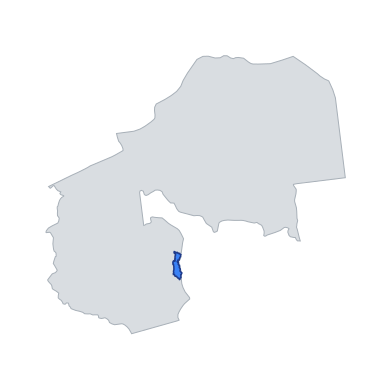 Mwense, Luapula, Zambia shown in context, rotated 173°
{"feature_id": "96606910B65361757033996", "entity_name": "Mwense", "entity_type": "district", "adm_level": 2, "iso_a3": "ZMB", "parent_name": "Zambia", "parent_adm1": "Luapula", "projection": "mercator", "projection_center": [28.717, -10.52], "detail": "fine", "context": "in_parent", "style": "filled", "palette": "blue", "viewbox_px": 384, "rotation_deg": 173, "n_neighbors": 0, "source": "geoboundaries", "source_scale": "gbopen_adm2", "svg_char_len": 7142}
<svg xmlns="http://www.w3.org/2000/svg" viewBox="0 0 384 384"><g transform="rotate(173 192 192)"><path d="M259.8,259.3L242.3,259.4L235.9,260.8L230.7,263.0L224.4,266.4L220.8,268.8L219.8,270.1L219.3,273.0L219.3,277.5L218.7,280.7L216.8,283.7L207.3,287.3L201.0,290.2L195.0,293.7L190.3,298.2L187.2,303.8L181.9,310.7L170.9,323.0L164.6,325.3L159.3,324.8L152.8,322.2L147.7,321.8L143.9,323.4L140.5,322.9L137.3,320.3L134.6,319.3L132.4,320.0L129.6,319.9L124.5,318.5L120.1,314.1L117.8,312.3L115.9,311.6L110.7,310.9L98.6,309.8L86.1,312.0L75.1,314.3L63.9,304.5L53.1,294.1L50.8,291.5L46.7,288.0L43.8,286.3L42.7,285.5L39.8,276.3L38.2,267.9L38.1,187.5L87.2,187.5L90.4,187.2L90.5,186.3L88.3,182.1L88.4,180.5L89.0,177.7L91.1,171.9L91.3,170.0L90.3,163.7L90.4,160.2L91.0,153.1L90.6,150.7L91.8,147.5L92.2,145.4L92.6,144.5L92.1,142.1L91.1,133.7L90.5,130.2L93.4,130.7L94.4,132.4L95.0,134.3L96.3,134.4L99.8,135.6L101.0,137.1L101.8,140.5L101.3,142.2L100.2,143.6L101.3,144.8L103.7,145.6L105.0,145.4L109.0,143.1L112.6,142.2L114.5,141.7L122.6,140.1L124.2,139.3L125.3,139.3L126.1,140.0L125.4,142.4L125.2,144.5L126.2,148.5L126.9,150.4L128.6,151.7L129.8,152.4L131.2,153.9L134.0,153.6L140.2,155.7L142.1,156.6L144.7,157.5L146.6,157.9L153.0,158.6L159.8,159.8L163.3,159.9L165.8,159.6L167.5,159.0L168.6,158.3L169.1,157.8L171.6,150.2L172.9,149.6L174.6,149.2L175.6,149.9L176.7,154.7L181.6,159.0L183.2,162.7L184.4,165.8L185.5,166.6L187.4,167.7L190.3,168.1L193.0,168.2L206.2,173.5L207.6,174.5L209.2,177.3L210.2,180.5L211.2,183.1L212.9,183.5L214.5,183.7L216.0,185.5L217.1,187.0L221.0,193.3L221.6,195.8L223.5,197.5L226.0,198.2L228.4,198.3L229.8,197.5L233.1,196.2L235.8,194.7L237.7,194.2L238.8,194.5L239.7,195.6L240.2,198.7L242.1,199.8L243.5,199.3L244.0,198.1L244.1,197.5L244.0,164.7L242.8,164.9L241.3,165.8L237.8,166.0L236.5,166.7L236.0,167.7L236.3,169.1L236.4,170.9L235.9,171.8L234.3,172.1L232.1,171.4L228.1,170.5L224.8,169.9L222.4,167.4L219.1,163.7L217.0,161.9L211.9,158.0L211.0,157.3L209.4,155.4L208.1,152.4L206.8,148.8L206.1,146.6L207.4,143.1L210.4,131.8L211.1,128.3L213.6,124.8L213.7,121.6L212.7,117.5L213.0,115.2L213.3,102.3L212.6,98.3L211.0,93.7L207.3,87.5L207.3,86.1L213.0,82.1L214.7,80.5L217.6,77.2L219.6,74.4L220.9,72.1L221.3,69.2L220.4,66.4L222.3,65.9L269.2,58.7L269.9,60.6L271.3,63.8L272.9,66.1L274.9,68.2L276.6,69.4L277.8,69.8L285.0,69.7L287.6,70.9L289.8,72.5L290.4,74.9L291.9,76.5L293.5,77.7L294.2,77.8L295.4,77.6L297.3,77.5L299.1,78.1L299.9,78.6L300.0,80.6L300.6,81.6L303.0,81.9L305.5,82.1L307.9,83.5L310.5,83.7L313.5,84.3L314.9,85.8L318.1,87.3L322.0,88.7L326.3,91.0L326.4,91.7L327.1,93.1L327.9,94.0L328.0,95.4L328.3,96.8L329.4,97.1L330.3,97.2L331.2,96.2L332.3,96.2L333.6,96.8L334.0,98.4L335.0,100.4L336.6,101.8L337.7,103.2L337.3,105.6L336.6,107.9L338.8,110.1L341.6,112.2L342.4,113.1L342.6,116.2L343.0,117.3L344.9,119.9L345.9,121.6L345.8,122.6L340.7,127.8L337.5,128.6L336.1,129.7L335.3,130.8L337.4,135.9L338.4,137.9L337.5,140.3L335.5,144.5L334.6,144.8L334.4,148.0L335.0,149.1L336.0,150.0L336.4,152.2L336.4,157.5L335.1,163.5L337.4,168.8L338.2,169.4L341.4,169.4L341.9,169.9L341.2,171.4L338.9,173.7L334.8,175.5L329.0,177.5L327.8,179.4L327.0,182.2L327.7,183.8L328.4,184.8L328.2,187.2L327.7,189.8L327.8,191.8L327.6,193.6L326.8,194.4L325.8,197.1L324.5,199.8L323.5,201.1L322.1,202.4L319.8,203.5L319.8,204.0L322.4,205.3L323.1,206.1L323.3,206.7L322.2,208.1L323.5,208.9L324.9,209.6L326.3,211.4L327.9,214.8L328.2,215.2L328.7,215.2L329.5,214.8L331.2,213.5L332.3,213.0L333.7,214.9L309.3,223.3L303.5,225.1L295.0,228.1L292.2,229.2L289.9,230.3L267.1,236.8L263.6,238.1L255.5,241.5L255.3,242.1L255.3,243.6L256.1,246.8L257.5,249.7L258.6,251.3L259.4,255.6L259.8,259.3Z" fill="#d9dde1" stroke="#a8b0b8" stroke-width="1"/><path d="M219.0,110.5L218.9,110.5L218.9,110.4L218.7,110.3L218.2,110.2L218.1,110.3L217.8,110.2L217.6,110.2L217.5,109.9L217.4,109.8L217.4,109.7L217.3,109.4L217.2,109.2L216.9,108.9L216.8,108.7L216.7,108.7L216.5,108.4L216.4,108.4L216.3,108.2L216.2,108.2L215.9,108.0L215.7,108.0L215.6,107.9L215.4,107.7L215.2,107.4L215.2,107.2L215.3,107.0L215.3,106.8L215.3,106.7L215.2,106.6L214.9,106.6L214.7,106.7L214.6,106.8L214.6,107.0L214.6,107.3L214.6,107.5L214.5,107.8L214.4,108.0L214.5,108.0L214.4,108.0L214.2,108.1L213.8,108.3L213.7,108.3L213.6,108.2L213.4,108.3L213.3,108.6L213.4,109.0L213.3,109.7L213.2,110.2L213.2,110.5L213.2,110.8L213.3,111.2L213.2,111.3L212.9,111.2L212.8,111.3L212.9,111.5L212.6,111.8L212.4,112.0L211.9,112.8L211.9,113.0L212.0,113.1L212.4,113.3L212.5,113.6L212.7,113.8L212.8,113.9L212.8,114.0L212.8,114.5L213.1,114.5L213.3,114.6L213.5,114.9L213.5,115.2L213.5,115.5L213.4,115.8L213.2,116.2L213.1,116.4L213.0,116.6L213.1,116.8L213.2,117.0L213.1,117.3L213.3,117.7L213.4,117.8L213.6,118.0L213.8,118.8L213.7,118.9L213.5,119.2L213.4,119.3L213.4,119.6L213.6,119.9L213.7,120.2L213.6,120.3L213.5,120.5L213.3,120.6L213.3,120.8L213.6,121.0L213.8,121.1L214.0,121.1L214.1,121.3L214.2,121.6L214.3,121.7L214.5,121.9L214.5,122.0L214.3,122.3L214.3,122.7L214.1,122.9L214.1,123.0L214.1,123.3L214.1,123.6L214.3,123.6L214.8,123.8L214.9,124.0L215.0,124.3L215.1,124.7L215.1,124.9L214.8,125.1L214.4,125.1L214.2,125.1L214.2,125.3L214.3,125.5L214.2,125.8L214.3,126.1L214.2,126.2L213.9,126.1L213.7,126.1L213.1,126.0L212.8,126.2L212.8,126.3L212.7,126.4L212.8,126.7L212.7,126.9L212.7,127.3L212.5,127.7L212.4,127.8L212.1,128.0L212.1,128.5L211.7,128.8L211.4,129.0L211.3,129.3L211.2,129.4L211.2,129.6L211.0,130.2L211.0,130.4L211.1,130.9L211.1,131.2L211.1,131.6L211.3,131.7L211.2,131.7L211.3,131.8L211.5,131.9L211.5,132.0L211.8,132.1L212.0,132.2L211.9,132.2L212.0,132.2L212.0,132.3L212.3,132.4L212.2,132.6L212.3,132.6L212.7,132.8L212.8,132.8L212.9,133.0L213.0,133.0L213.3,133.1L213.5,133.3L213.5,133.2L213.8,133.2L213.8,133.3L214.0,133.4L214.1,133.5L214.3,133.5L214.5,133.6L214.8,133.7L214.8,133.8L215.0,133.9L215.3,133.9L215.5,133.9L215.7,134.0L215.8,134.1L216.0,134.1L216.0,134.3L216.1,134.5L216.2,134.8L216.4,134.9L216.8,135.0L216.9,134.7L217.2,134.5L217.0,134.2L216.9,134.0L216.8,133.9L216.9,133.7L217.0,133.4L217.0,133.2L216.7,133.0L216.2,132.9L215.9,132.7L216.0,131.9L216.0,131.6L216.2,131.4L216.3,131.2L216.2,131.0L216.2,130.9L216.3,130.8L216.4,130.7L216.5,130.6L216.7,130.3L216.7,129.9L216.7,129.7L216.8,129.1L216.9,128.9L217.0,128.4L216.9,128.1L217.0,128.1L217.1,127.9L217.2,127.6L217.3,127.4L217.2,127.3L217.2,127.1L217.1,126.8L217.1,126.7L217.1,126.3L217.2,126.0L217.2,125.9L217.2,125.7L217.4,125.5L217.5,125.6L217.8,125.7L217.8,125.8L218.0,126.0L218.3,126.0L218.4,125.8L218.5,125.9L218.8,125.8L219.0,125.6L218.9,125.5L218.9,125.4L219.0,125.3L219.1,125.1L219.2,124.9L219.4,124.8L219.5,124.5L219.5,124.4L219.6,124.1L219.7,123.9L219.5,123.5L219.6,123.2L219.6,122.8L219.7,122.7L219.4,122.4L219.2,122.3L219.3,121.7L219.2,121.4L219.2,121.0L219.2,120.9L219.1,120.6L219.1,120.1L219.1,119.8L219.2,119.5L219.3,118.7L219.3,118.0L219.4,117.4L219.7,116.3L219.9,116.1L219.9,115.9L220.0,115.6L220.0,115.4L220.1,115.2L220.0,114.7L219.9,114.5L220.5,113.3L220.5,112.4L220.4,112.4L220.2,112.4L219.8,112.5L219.7,112.4L219.4,112.3L219.4,112.0L219.5,111.8L219.5,111.6L219.4,111.4L219.3,111.2L219.2,111.0L219.2,110.8L219.2,110.7L219.0,110.5Z" fill="#3b82f6" stroke="#1e3a8a" stroke-width="1.5"/></g></svg>